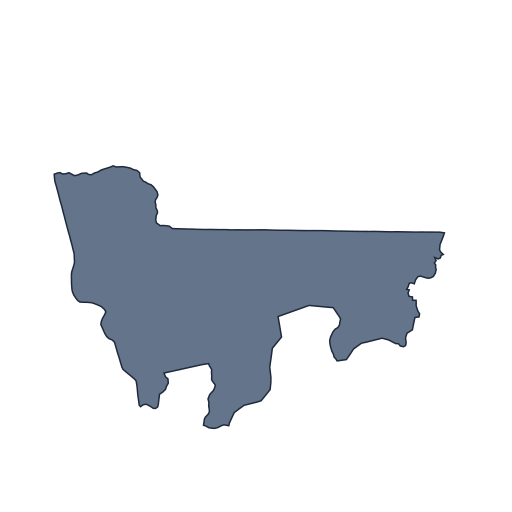 outline of Mirassol d'Oeste, Mato Grosso, Brazil, rotated 69°
{"feature_id": "56859067B78594820692492", "entity_name": "Mirassol d'Oeste", "entity_type": "district", "adm_level": 2, "iso_a3": "BRA", "parent_name": "Brazil", "parent_adm1": "Mato Grosso", "projection": "orthographic", "projection_center": [-58.043, -15.604], "detail": "fine", "context": "isolated", "style": "filled", "palette": "slate", "viewbox_px": 512, "rotation_deg": 69, "n_neighbors": 0, "source": "geoboundaries", "source_scale": "gbopen_adm2", "svg_char_len": 3871}
<svg xmlns="http://www.w3.org/2000/svg" viewBox="0 0 512 512"><g transform="rotate(69 256 256)"><path d="M395.2,365.7L396.6,363.9L399.4,361.6L400.9,358.9L402.1,356.5L402.5,352.8L402.0,349.3L402.1,346.5L403.4,344.3L404.7,342.2L402.3,340.6L399.1,337.3L397.2,335.4L394.4,332.4L392.8,327.0L391.1,320.7L392.7,307.6L393.0,303.1L385.8,290.7L379.5,287.5L374.7,285.6L371.7,284.8L364.7,283.0L355.0,277.6L348.0,273.8L345.6,269.6L340.8,261.2L334.8,260.0L331.9,259.4L327.0,258.4L320.4,257.1L321.0,231.8L321.1,227.0L321.2,224.1L328.5,209.4L331.9,202.4L343.2,199.8L345.3,199.7L347.6,201.3L350.3,202.8L352.1,205.2L352.7,208.4L354.4,211.3L358.2,215.3L361.3,217.5L364.7,218.5L368.1,219.0L372.2,219.3L375.4,218.9L378.4,219.3L380.5,218.4L383.0,217.9L383.7,215.0L385.1,208.8L381.2,203.0L377.8,198.4L375.2,188.8L376.0,183.7L377.9,167.8L381.8,162.4L384.0,160.4L387.8,157.0L389.0,154.4L391.8,153.5L393.6,150.7L393.1,148.3L390.7,146.9L385.9,145.7L382.2,142.7L381.0,136.5L376.9,133.9L370.3,129.6L371.3,125.7L368.6,124.0L365.5,124.6L362.8,124.5L359.8,124.3L357.3,123.3L354.7,122.4L353.4,125.7L350.3,124.6L348.5,127.6L345.1,127.3L342.5,125.1L341.2,127.3L339.1,124.9L336.4,122.7L336.7,120.5L338.7,118.2L335.7,115.8L333.3,112.4L333.7,109.6L336.6,106.0L338.4,103.4L339.0,101.0L338.7,97.9L336.5,94.9L333.1,92.6L330.8,92.4L328.8,91.4L326.4,92.0L324.9,89.5L321.5,89.7L324.1,86.9L323.9,84.6L321.7,82.9L321.7,80.6L318.4,82.2L316.0,82.4L311.3,80.1L304.3,73.7L301.9,71.8L299.6,75.9L293.6,91.2L290.2,100.1L284.3,114.6L281.6,121.8L275.3,137.1L273.9,140.9L269.2,152.9L263.2,167.7L262.3,170.0L260.2,175.1L257.7,181.0L256.1,184.9L254.6,188.8L252.8,193.4L251.8,196.1L248.6,204.3L243.5,216.8L240.8,223.8L239.6,226.8L237.8,231.2L235.4,236.7L233.6,241.3L228.4,255.1L225.7,261.9L222.4,270.6L220.9,273.8L219.0,278.7L217.7,282.1L215.0,288.7L213.6,292.4L212.3,295.8L209.5,302.6L208.2,305.5L206.6,309.5L200.4,324.3L197.0,326.3L194.5,331.1L193.3,334.6L189.3,337.1L186.3,336.6L182.6,334.7L180.3,332.4L178.2,331.9L175.0,332.2L172.1,331.1L169.5,330.8L167.5,329.7L166.0,327.5L163.9,325.7L160.4,325.3L154.6,327.0L151.9,328.4L149.7,331.0L147.5,332.5L145.7,334.4L140.5,335.9L136.6,334.8L133.4,336.5L131.5,339.4L129.0,341.7L127.3,344.2L126.1,346.2L124.7,348.7L123.8,351.6L122.7,354.8L120.6,357.1L120.8,359.6L120.6,363.4L120.4,366.1L120.2,369.6L120.9,373.6L120.6,377.0L121.2,380.4L119.9,383.1L117.8,384.4L117.0,387.0L116.3,389.2L116.5,393.2L116.0,396.6L113.3,398.9L111.2,400.8L111.0,404.5L110.0,407.3L107.9,409.1L107.4,411.6L107.3,415.1L112.9,416.7L115.2,417.1L119.3,417.4L124.0,417.9L129.4,418.5L134.4,419.1L140.6,419.6L145.0,420.2L150.0,420.7L156.0,421.4L162.3,422.1L166.3,422.5L171.0,422.9L174.9,423.4L179.4,423.8L185.4,424.6L188.4,424.9L193.2,426.5L196.6,427.6L199.0,429.1L202.0,431.5L204.9,433.8L207.0,434.9L209.9,436.0L212.1,436.8L215.3,438.0L218.5,439.0L221.7,439.9L224.3,440.2L227.3,440.1L231.9,439.0L234.0,438.2L235.8,437.0L237.1,434.3L238.7,430.3L240.7,426.2L242.1,424.5L244.0,422.3L247.7,418.6L251.6,416.6L254.4,416.2L256.9,418.8L259.0,421.4L261.6,423.8L264.3,425.4L272.5,425.0L274.8,424.8L277.6,424.3L280.3,423.0L282.8,420.4L285.6,419.0L289.4,419.3L296.1,419.9L302.7,420.3L307.3,420.7L311.7,421.0L314.2,420.8L318.4,418.5L321.5,416.7L325.1,414.7L327.9,413.2L330.0,412.7L335.5,413.9L339.0,414.9L341.8,415.7L344.1,416.3L347.1,417.0L350.2,417.7L353.3,418.5L355.3,417.8L354.4,414.4L355.1,411.5L358.5,408.5L361.5,406.4L362.3,404.3L361.6,401.8L359.2,400.2L356.5,398.8L352.8,396.8L350.5,395.7L349.6,391.7L348.1,388.3L345.6,386.3L343.3,383.5L339.1,382.2L336.3,383.8L332.3,383.8L338.1,345.1L339.5,338.8L341.8,338.9L343.9,338.4L346.2,338.1L349.0,339.4L351.9,340.2L355.7,341.8L358.5,341.2L361.7,340.2L364.1,341.7L366.5,344.2L367.5,346.5L368.8,348.9L372.2,352.0L375.9,352.5L379.3,354.0L382.1,354.5L384.8,355.4L386.6,357.4L388.2,360.9L389.7,362.6L392.3,364.0L395.2,365.7Z" fill="#64748b" stroke="#1e293b" stroke-width="1.5"/></g></svg>